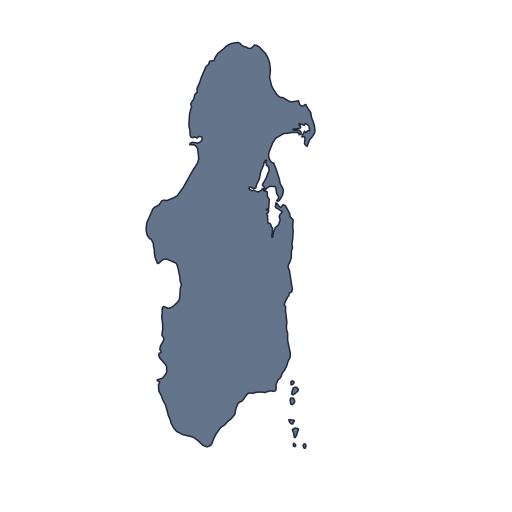 Utila, Islas de la Bahía, Honduras (Albers equal-area conic projection), rotated 292°
{"feature_id": "27666195B66203278575702", "entity_name": "Utila", "entity_type": "district", "adm_level": 2, "iso_a3": "HND", "parent_name": "Honduras", "parent_adm1": "Islas de la Bahía", "projection": "albers", "projection_center": [-86.928, 16.088], "detail": "fine", "context": "isolated", "style": "filled", "palette": "slate", "viewbox_px": 512, "rotation_deg": 292, "n_neighbors": 0, "source": "geoboundaries", "source_scale": "gbopen_adm2", "svg_char_len": 6133}
<svg xmlns="http://www.w3.org/2000/svg" viewBox="0 0 512 512"><g transform="rotate(292 256 256)"><path d="M348.7,147.1L342.9,150.0L342.1,150.9L341.7,151.8L342.3,153.5L343.5,154.8L343.3,157.2L344.9,157.9L345.8,159.1L346.0,160.7L345.3,161.8L344.2,162.2L342.7,162.3L341.4,161.9L339.8,160.7L338.8,159.6L337.6,154.4L336.2,153.0L334.8,152.7L334.4,153.1L335.7,156.4L335.8,158.0L335.1,159.7L333.6,161.7L324.7,166.5L320.1,167.0L310.9,165.2L292.6,162.9L282.4,160.4L279.1,157.8L274.4,153.0L273.9,152.2L273.4,150.0L272.3,148.4L271.2,147.8L267.1,147.0L263.3,143.8L261.3,142.8L245.5,142.3L239.2,144.2L234.6,147.2L232.3,150.7L232.1,151.2L232.5,151.9L232.4,152.3L229.2,156.1L226.2,157.5L224.3,159.0L220.4,160.8L216.3,163.4L212.5,167.1L212.3,167.9L212.8,168.5L217.9,171.1L219.3,173.6L219.7,175.1L219.4,184.6L218.2,186.1L215.3,188.4L208.4,193.0L203.8,195.4L201.8,197.4L197.5,198.0L188.6,200.9L186.3,201.1L184.8,200.9L179.0,198.4L176.2,196.4L175.1,195.0L174.6,193.5L174.6,189.3L173.4,188.7L171.9,188.7L168.7,190.1L163.7,191.6L158.7,194.5L153.6,196.8L147.3,198.4L145.3,201.2L144.4,201.8L143.4,201.9L136.8,201.1L133.3,201.8L132.0,203.6L131.1,204.2L130.6,204.0L129.6,202.6L127.1,203.2L125.2,205.2L121.1,213.5L119.4,214.8L115.8,216.3L113.9,216.8L108.3,215.3L107.0,214.4L104.4,211.0L104.0,210.8L103.4,211.3L103.2,213.6L102.9,214.1L100.1,213.8L94.4,216.5L90.2,221.4L88.0,223.1L83.9,228.0L74.9,234.8L72.0,237.9L69.6,239.5L66.1,243.6L64.3,246.6L63.4,249.0L63.5,250.9L62.9,254.4L64.5,265.5L63.2,271.0L60.7,277.3L60.5,280.3L60.8,282.3L62.6,284.3L64.7,285.4L70.8,285.2L76.3,285.7L83.4,287.4L85.2,288.3L86.5,289.5L88.3,290.5L91.1,291.4L96.2,294.1L101.1,295.7L106.6,294.6L112.0,294.5L114.0,295.3L116.3,297.4L119.3,298.4L121.0,298.5L125.4,299.9L126.7,301.7L127.5,304.5L129.2,306.6L130.5,308.8L132.4,313.5L132.6,315.2L135.7,318.8L136.7,321.0L137.1,323.2L138.4,324.5L140.1,324.6L144.1,322.8L147.9,322.7L149.6,323.0L152.4,324.3L154.4,324.4L156.9,324.1L160.9,325.3L166.0,325.6L170.3,325.2L174.7,325.6L179.1,324.0L189.7,316.9L196.2,314.3L199.1,312.0L202.3,310.5L206.1,309.5L216.6,303.7L220.0,302.6L221.2,300.7L223.4,300.2L226.3,300.3L227.4,300.6L230.0,300.6L231.2,301.3L233.9,300.8L236.1,302.5L238.6,302.3L255.1,292.4L257.9,289.8L259.9,289.3L262.7,289.7L267.4,289.4L273.8,287.0L277.3,286.8L280.5,284.9L285.7,283.6L293.1,281.1L297.1,279.0L303.2,277.0L303.9,275.9L305.2,272.8L307.4,271.8L308.2,271.1L313.7,264.4L313.7,261.9L310.8,261.1L310.3,260.4L310.7,258.9L312.5,256.1L312.7,255.0L312.5,254.5L311.6,254.7L310.9,255.3L309.3,255.2L308.4,256.1L308.0,257.2L308.0,259.1L306.9,263.5L306.5,263.9L304.0,262.8L301.9,262.6L300.8,263.0L298.7,264.8L295.0,265.2L292.2,264.8L289.6,263.2L288.3,263.5L285.3,263.2L280.2,264.4L279.6,264.3L279.5,263.8L280.5,263.0L283.9,262.3L287.8,261.1L289.3,258.8L290.5,258.2L291.4,256.9L291.5,256.3L290.9,255.3L291.2,254.5L294.7,253.1L296.1,252.1L297.6,251.8L298.8,250.1L300.3,250.9L302.6,250.9L303.3,250.5L302.6,248.7L303.0,248.0L303.6,248.3L304.2,249.6L305.0,249.9L313.3,247.2L314.0,246.5L314.4,245.5L315.9,244.1L319.6,242.3L319.9,241.4L319.3,239.8L319.3,238.8L319.7,238.4L321.1,237.7L321.3,237.2L320.7,236.7L319.1,236.3L317.6,235.4L316.2,233.7L316.0,232.2L316.2,229.0L315.0,228.1L315.3,226.6L315.0,225.1L316.6,223.9L317.2,224.0L317.7,224.6L317.8,228.8L318.9,230.3L322.8,229.8L328.6,230.2L336.4,228.8L342.8,229.0L345.2,228.6L347.9,228.7L348.5,229.2L348.8,230.0L348.7,230.2L347.1,229.6L346.5,229.7L345.4,231.1L344.0,231.6L343.7,233.5L342.5,234.9L339.8,236.3L337.2,236.0L332.6,236.3L325.2,235.2L324.0,235.4L323.2,237.6L322.3,238.4L321.0,238.8L320.7,239.5L321.3,240.0L323.1,240.7L326.1,243.0L327.4,247.7L326.3,249.0L321.6,251.8L319.4,254.8L317.4,255.2L315.2,254.5L314.8,255.7L315.8,256.6L318.3,257.3L323.3,257.8L327.2,256.7L329.2,255.1L332.0,251.4L335.7,249.1L342.6,243.4L348.4,238.0L348.8,237.4L348.6,235.9L349.0,234.6L350.4,232.7L352.3,230.9L354.3,229.9L356.9,229.2L366.9,229.1L372.7,230.2L380.1,236.0L380.8,237.8L384.0,243.2L385.9,247.6L386.0,249.0L384.7,250.6L385.6,252.1L386.7,252.0L387.8,251.3L388.7,249.1L387.0,244.5L386.8,243.1L387.1,242.8L387.9,243.4L390.2,248.1L391.6,249.3L392.3,249.1L393.6,246.8L394.9,246.4L395.0,246.9L394.2,248.2L395.3,249.0L395.2,251.7L397.4,252.4L396.7,255.6L395.9,256.7L392.4,258.8L391.8,257.2L389.2,256.0L389.7,254.2L383.9,253.8L383.7,254.4L384.6,255.9L384.3,256.7L383.4,257.3L378.3,258.9L377.2,260.6L376.9,262.3L383.6,262.1L388.0,263.6L391.4,264.2L393.1,264.1L395.1,263.3L399.4,260.9L405.7,255.3L409.4,253.1L412.9,247.9L415.1,245.5L414.8,244.8L412.9,243.6L412.1,242.5L412.7,239.8L415.2,237.9L415.8,237.1L412.7,232.1L411.9,230.4L411.9,228.6L412.9,222.2L412.8,220.6L412.2,219.4L412.2,218.5L413.3,215.3L417.2,209.5L419.8,206.6L426.4,201.9L433.9,199.7L440.3,196.2L444.9,192.1L447.4,188.7L451.1,180.7L451.5,177.4L451.1,175.6L447.1,173.9L446.4,172.9L445.8,171.4L445.7,170.3L446.1,169.1L445.7,165.9L446.0,164.0L447.2,161.4L447.3,159.9L446.9,158.7L444.0,153.8L441.7,151.5L439.3,149.8L435.3,148.0L429.6,144.7L425.1,143.8L421.4,143.8L419.3,140.2L415.7,140.1L412.5,138.6L400.4,138.4L395.4,138.8L389.4,138.5L385.9,140.0L383.0,138.8L378.2,139.5L374.8,138.7L372.3,138.6L369.9,140.5L366.4,140.6L362.2,141.4L353.2,144.4L350.5,145.6L348.7,147.1ZM105.2,360.8L107.8,360.4L111.1,360.4L111.6,359.1L111.1,356.6L108.9,354.8L107.9,355.3L106.9,356.4L104.9,357.8L102.2,359.5L102.1,360.0L102.4,360.3L105.2,360.8ZM146.8,345.5L148.4,345.1L149.4,343.0L149.1,341.5L147.6,340.0L144.3,340.1L142.0,340.6L141.1,341.2L141.1,342.0L142.8,343.6L146.8,345.5ZM134.5,346.6L136.2,346.1L138.1,344.2L137.9,343.1L137.1,341.4L135.2,341.6L131.8,343.6L131.6,344.5L132.0,345.6L134.5,346.6ZM117.1,353.4L117.9,353.0L117.9,352.2L117.2,350.3L117.0,348.7L116.4,347.9L116.1,348.0L115.6,348.2L114.5,349.4L113.7,351.1L113.6,351.9L114.2,353.1L115.4,352.9L117.1,353.4ZM152.5,338.7L153.3,338.5L153.8,337.9L153.9,336.7L153.3,335.7L151.8,335.6L149.9,336.6L149.8,337.2L150.1,337.6L151.4,338.5L152.5,338.7ZM96.2,373.6L98.2,373.6L99.5,372.9L100.1,372.1L99.9,371.1L98.0,370.6L96.7,371.6L96.0,372.3L95.9,372.9L96.2,373.6ZM94.9,363.9L95.6,363.7L96.0,363.2L96.4,361.7L96.3,361.0L94.6,361.4L93.7,362.1L93.8,363.5L94.9,363.9Z" fill="#64748b" stroke="#1e293b" stroke-width="1.5"/></g></svg>